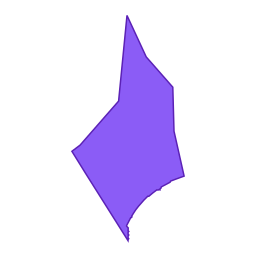 outline of 63, Qatar
{"feature_id": "91078587B45177861896297", "entity_name": "63", "entity_type": "district", "adm_level": 2, "iso_a3": "QAT", "parent_name": "Qatar", "parent_adm1": "", "projection": "natural_earth1", "projection_center": [51.521, 25.322], "detail": "fine", "context": "isolated", "style": "filled", "palette": "violet", "viewbox_px": 256, "rotation_deg": 0, "n_neighbors": 0, "source": "geoboundaries", "source_scale": "gbopen_adm2", "svg_char_len": 724}
<svg xmlns="http://www.w3.org/2000/svg" viewBox="0 0 256 256"><path d="M71.9,151.3L85.3,172.9L128.0,240.6L128.1,239.5L128.7,238.7L128.1,238.0L128.1,235.8L128.8,235.0L128.1,234.3L128.1,232.1L128.8,231.4L128.1,230.7L128.2,227.9L126.6,226.2L126.6,225.6L130.7,217.7L131.0,217.7L131.3,217.6L131.6,217.4L131.8,217.1L131.9,216.7L131.9,216.4L131.7,216.1L133.5,213.2L135.8,209.7L138.7,206.0L140.3,204.2L143.7,200.3L147.8,196.2L148.8,196.3L152.6,193.1L156.9,189.8L158.0,190.1L158.8,189.6L160.0,189.9L160.1,188.6L161.0,188.1L161.3,186.9L170.1,182.2L170.6,181.1L175.6,179.2L184.1,176.1L174.0,131.2L172.8,87.2L146.2,56.9L127.1,15.7L127.0,15.4L118.6,101.1L80.1,145.1L71.9,151.3Z" fill="#8b5cf6" stroke="#5b21b6" stroke-width="1.5"/></svg>